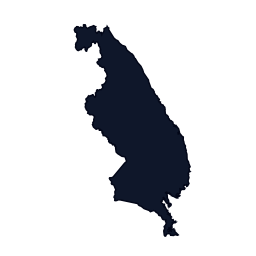 map outline of Primor'ye (orthographic projection), rotated 292°
{"feature_id": "RUS-2611", "entity_name": "Primor'ye", "entity_type": "Territory", "adm_level": 1, "iso_a3": "RUS", "parent_name": "Russia", "parent_adm1": "", "projection": "orthographic", "projection_center": [134.86, 45.37], "detail": "fine", "context": "isolated", "style": "filled", "palette": "ink", "viewbox_px": 256, "rotation_deg": 292, "n_neighbors": 0, "source": "natural_earth", "source_scale": "10m", "svg_char_len": 5796}
<svg xmlns="http://www.w3.org/2000/svg" viewBox="0 0 256 256"><g transform="rotate(292 128 128)"><path d="M115.4,102.8L115.2,102.3L116.4,101.4L116.6,100.8L114.9,98.9L116.0,95.6L117.9,93.8L118.4,94.2L119.7,93.4L121.8,93.7L122.9,93.1L126.1,92.7L127.1,90.0L126.0,87.6L126.6,86.2L126.6,85.1L128.4,84.9L129.5,82.3L130.3,82.1L130.7,81.1L131.7,80.4L133.2,80.2L134.5,79.3L135.2,79.9L136.3,79.6L137.3,80.4L138.0,78.9L138.9,78.2L139.5,78.2L141.5,79.4L142.2,79.1L143.3,79.6L143.2,80.9L144.1,81.3L144.6,82.2L145.5,82.5L145.7,83.1L144.2,85.4L144.5,86.0L145.7,86.1L148.3,84.7L149.3,85.4L150.6,84.9L151.8,85.0L152.0,85.4L151.2,86.3L152.8,87.1L153.6,88.8L155.6,89.5L156.7,89.1L158.1,87.7L159.9,89.4L161.9,90.1L164.0,90.0L165.5,88.7L167.2,89.1L168.0,89.6L170.8,87.7L172.7,84.9L173.7,84.9L175.5,82.7L174.6,81.4L175.1,79.5L174.9,78.7L175.7,78.0L176.0,76.4L177.0,74.8L177.9,74.8L179.7,76.0L180.8,75.0L182.0,76.8L182.8,77.3L184.5,77.3L186.5,75.7L187.3,74.2L189.6,73.0L190.1,73.4L191.4,72.5L192.7,71.4L193.2,70.2L194.1,69.5L194.7,69.8L195.5,68.5L196.3,67.8L196.2,66.4L195.9,66.0L194.2,66.0L194.0,65.6L195.4,63.4L194.5,63.4L193.6,62.4L192.5,62.1L191.7,62.8L190.4,63.0L186.9,60.6L183.7,60.8L183.6,60.2L183.9,59.7L185.1,58.6L186.5,58.3L186.7,57.4L184.9,55.6L183.1,55.2L182.8,54.2L181.3,53.1L181.1,52.1L182.0,50.4L183.3,49.0L184.7,48.8L185.9,48.1L187.8,48.0L188.7,48.5L191.7,48.1L193.7,45.8L195.2,45.7L196.8,45.0L197.3,44.3L197.1,43.2L198.3,41.9L199.3,41.4L201.1,41.6L201.9,42.3L202.7,42.4L203.2,43.8L202.9,44.5L202.8,45.6L203.9,46.4L203.8,47.9L204.1,48.5L204.9,48.8L206.1,48.6L206.7,48.1L207.2,48.3L207.6,49.8L206.9,50.4L205.8,50.3L205.8,51.4L205.0,53.1L207.5,55.0L209.1,57.1L209.9,57.5L210.0,58.3L209.6,59.0L209.9,60.1L208.8,60.1L207.7,61.2L206.0,61.5L205.0,62.1L204.3,63.3L204.7,64.1L206.3,64.2L206.8,64.8L205.9,66.7L206.6,67.6L205.2,68.6L206.3,68.5L206.8,69.2L208.7,69.5L211.1,68.6L213.6,70.7L214.4,70.6L213.8,71.4L213.5,72.7L212.0,73.1L206.1,81.2L205.2,83.8L205.1,85.9L203.4,88.4L202.4,91.7L202.6,93.7L202.5,95.0L199.8,97.8L198.3,102.5L198.1,104.3L196.9,106.3L195.2,107.8L195.1,108.7L192.2,112.5L190.1,116.8L187.3,119.9L184.9,121.8L180.1,129.0L178.9,129.6L173.6,134.3L173.0,136.8L171.3,138.8L170.7,138.8L168.7,141.4L168.6,142.9L167.9,143.5L167.5,144.3L166.6,144.9L166.5,146.1L166.1,146.4L164.7,146.0L164.4,146.9L163.8,147.3L164.2,148.3L163.1,148.7L162.4,149.9L162.3,152.2L161.7,152.5L161.0,154.3L158.6,155.7L157.7,155.5L157.4,156.1L155.5,157.1L154.5,158.2L154.5,159.1L154.1,160.2L153.4,161.2L152.1,161.8L151.8,162.9L150.8,163.7L150.9,165.2L150.2,167.4L148.5,168.4L148.0,170.8L147.6,170.1L147.0,170.0L147.0,171.5L147.4,171.5L147.3,172.0L148.1,171.9L146.2,175.2L143.2,177.4L142.9,177.2L142.8,176.4L142.4,176.1L141.3,176.8L142.3,177.6L142.1,178.6L140.4,181.6L140.5,182.3L140.2,182.7L137.0,183.9L136.7,184.5L134.2,186.1L132.8,188.0L131.4,188.3L129.0,190.4L128.5,190.2L125.8,192.4L120.9,194.6L119.1,196.9L117.9,197.6L115.3,200.1L113.5,199.6L111.2,201.1L110.9,201.9L110.0,200.9L108.4,200.8L107.9,201.6L106.9,201.6L104.8,203.1L102.2,203.3L100.9,203.8L99.3,205.3L96.5,204.9L95.9,204.3L96.8,203.7L97.6,203.9L97.7,203.5L96.0,202.0L96.3,201.6L95.9,201.3L94.0,201.6L93.7,203.1L93.2,203.5L92.2,203.2L91.7,202.2L91.7,201.4L91.0,201.0L91.4,199.9L91.2,198.9L89.5,199.8L89.8,200.2L88.2,200.2L87.3,200.7L85.9,199.8L85.8,198.3L83.8,197.7L83.6,198.3L82.6,198.9L82.8,200.0L81.8,200.4L81.3,199.1L81.7,195.4L81.5,194.8L81.8,194.2L81.6,193.6L82.2,193.4L82.2,192.6L82.6,192.3L82.3,192.1L82.4,191.1L83.0,191.2L83.5,190.7L82.1,189.3L82.9,188.5L83.1,188.0L82.9,187.6L82.1,187.0L81.7,187.2L81.6,188.2L80.4,189.5L77.6,190.8L76.2,192.6L74.1,193.8L73.2,193.3L74.0,192.4L72.7,193.3L72.5,192.9L73.9,190.2L75.7,189.1L76.7,187.8L76.9,187.0L76.4,186.7L75.6,188.1L75.1,188.2L75.3,187.6L74.9,187.2L73.6,186.7L72.6,187.1L72.2,186.7L72.5,186.3L72.0,186.2L70.9,187.4L70.6,189.3L70.0,189.7L70.8,190.4L70.1,190.7L69.4,189.9L68.4,190.8L68.8,191.1L69.4,190.6L68.7,192.0L66.5,194.4L66.5,195.6L65.5,195.2L65.1,195.4L65.0,197.1L63.8,197.2L62.9,196.9L62.7,197.8L63.2,198.1L62.9,198.9L64.2,198.7L64.4,199.0L62.5,200.1L61.8,201.7L60.8,201.1L60.2,201.5L59.3,203.5L59.9,204.2L59.0,204.8L58.5,206.1L59.2,206.8L58.7,206.9L58.8,207.8L57.7,207.1L58.1,206.3L57.0,205.9L56.9,204.5L56.6,204.4L56.2,205.2L54.2,205.1L52.0,206.2L50.5,205.1L52.1,205.1L52.5,205.7L52.9,205.7L53.3,204.7L49.9,204.5L50.9,204.0L50.8,203.3L49.1,203.7L48.6,203.1L47.3,204.1L47.3,204.7L48.8,205.5L48.7,206.6L49.6,206.1L51.6,208.2L50.9,208.4L50.8,209.7L49.7,209.9L47.7,214.6L47.1,214.1L46.7,211.5L45.5,210.6L44.5,207.7L45.6,206.7L45.4,205.2L44.1,203.5L42.0,203.4L41.6,202.9L42.2,201.8L46.0,199.7L49.1,199.6L49.9,198.5L50.4,198.5L51.6,199.1L54.5,199.2L55.2,197.9L56.8,197.6L56.3,195.2L56.5,194.1L58.8,191.7L58.6,189.4L60.1,187.7L60.4,185.5L61.1,184.5L61.0,182.5L58.8,180.1L59.5,178.5L59.3,173.1L60.4,169.5L60.3,167.6L60.6,166.5L61.6,165.4L58.4,147.5L57.6,145.6L56.6,144.8L55.8,143.3L55.9,142.8L57.8,142.3L58.4,141.1L59.6,140.8L60.9,141.3L64.0,139.7L66.1,139.9L69.7,136.4L70.0,135.5L69.7,134.3L70.2,133.4L72.2,133.0L73.5,130.5L74.2,129.7L74.9,129.6L76.0,131.8L77.1,132.6L94.3,138.1L95.9,139.0L96.8,139.0L100.0,136.2L100.1,135.5L99.5,133.0L99.7,131.8L100.4,128.0L101.3,126.0L105.2,123.8L106.0,123.8L106.3,122.6L107.3,122.3L106.9,121.7L107.6,121.0L107.5,120.6L106.7,120.0L107.2,119.4L107.5,118.3L108.0,118.0L107.5,117.5L107.4,116.8L108.2,115.2L108.9,114.9L109.6,115.3L110.2,113.6L111.0,113.7L112.3,110.0L111.7,107.8L112.7,107.3L113.8,105.8L114.5,106.3L115.1,105.5L115.0,105.2L115.9,104.5L115.8,103.3L116.2,103.0L115.8,102.6L115.4,102.8ZM73.9,195.2L73.7,196.2L73.0,196.8L72.1,196.8L70.5,195.9L71.2,195.8L70.7,195.2L71.2,195.2L70.9,194.4L71.4,194.2L72.6,194.7L72.0,193.9L73.9,195.2ZM84.7,201.0L85.2,201.8L83.7,200.9L84.2,199.1L84.8,200.1L84.7,201.0Z" fill="#0f172a" stroke="#020617" stroke-width="1.5"/></g></svg>